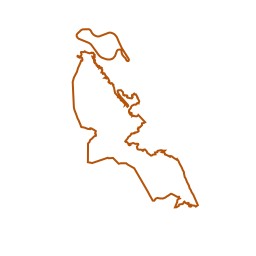 Central 1 Mahe, Seychelles (Equal Earth projection), rotated 318°
{"feature_id": "34574756B27990728867894", "entity_name": "Central 1 Mahe", "entity_type": "district", "adm_level": 2, "iso_a3": "SYC", "parent_name": "Seychelles", "parent_adm1": "", "projection": "equal_earth", "projection_center": [55.458, -4.627], "detail": "fine", "context": "isolated", "style": "outline", "palette": "amber", "viewbox_px": 256, "rotation_deg": 318, "n_neighbors": 0, "source": "geoboundaries", "source_scale": "gbopen_adm2", "svg_char_len": 5854}
<svg xmlns="http://www.w3.org/2000/svg" viewBox="0 0 256 256"><g transform="rotate(318 128 128)"><path d="M152.5,48.9L151.6,47.9L151.4,48.2L150.7,47.4L149.4,46.8L147.3,43.1L147.2,42.1L146.0,42.0L144.0,40.2L143.6,40.4L142.6,42.4L141.5,42.8L140.3,42.9L139.9,42.7L138.9,40.7L138.5,40.8L138.3,41.3L139.0,43.3L140.6,44.5L140.8,45.0L140.3,46.2L139.9,46.7L139.1,47.3L138.4,46.5L135.8,47.9L131.0,50.0L127.6,52.1L121.6,54.3L117.7,56.8L101.7,76.3L100.4,78.5L98.6,83.2L96.9,87.3L96.4,89.4L94.5,94.7L94.0,95.4L94.0,96.2L95.0,97.3L96.1,98.9L97.6,101.9L99.0,103.4L99.7,102.9L100.7,104.1L100.7,104.7L101.4,106.3L102.0,108.8L101.4,109.0L100.1,110.0L100.3,110.3L99.1,111.5L99.4,111.9L98.9,112.3L97.7,111.7L96.2,111.6L93.9,111.8L91.9,111.6L90.0,112.6L87.9,112.8L75.3,126.6L78.0,130.1L93.1,136.6L93.3,137.5L96.8,140.2L97.2,148.4L98.9,149.3L103.0,152.9L103.5,155.6L105.7,162.1L100.1,188.8L99.1,192.6L97.8,198.5L98.9,199.6L101.3,199.0L103.1,199.7L104.7,201.8L106.8,203.8L109.2,204.7L111.0,204.8L112.5,205.2L115.9,205.6L116.5,206.5L117.5,209.1L118.5,212.1L119.9,213.3L119.2,214.2L119.3,215.0L117.8,214.4L116.4,214.6L115.1,215.9L109.8,218.4L110.9,219.3L113.6,219.9L114.7,219.2L115.3,219.4L116.7,220.3L117.4,220.9L118.5,221.1L119.8,220.4L120.7,220.5L120.6,222.1L120.9,223.0L121.4,223.2L121.4,224.0L122.6,223.9L122.8,224.6L122.0,225.1L121.1,227.2L121.6,228.0L122.2,228.6L122.4,229.2L122.5,228.4L122.1,227.7L121.9,227.0L122.2,226.7L123.4,227.0L123.4,227.4L122.7,227.2L122.7,227.8L123.8,228.3L125.6,230.4L125.8,231.8L128.3,232.1L131.9,221.2L132.3,218.5L133.2,215.8L133.6,213.6L134.7,211.7L135.6,208.0L137.2,203.7L137.3,202.5L139.4,198.9L140.1,198.1L140.6,195.5L140.9,195.0L141.5,193.3L142.6,188.7L143.4,186.4L143.7,183.9L142.9,184.0L142.6,182.7L142.1,181.3L141.5,178.3L140.7,177.1L140.0,177.5L139.7,176.9L139.4,175.6L139.0,175.0L138.6,173.9L137.8,172.4L138.3,171.9L138.4,171.5L138.3,170.3L138.1,169.8L137.3,169.2L137.0,168.6L138.3,168.9L139.0,169.6L140.2,169.5L138.9,168.4L138.1,167.0L137.3,166.3L134.7,164.8L133.6,165.6L131.7,164.3L130.8,166.0L129.5,165.1L129.0,164.6L128.2,164.4L127.4,164.4L126.6,163.9L125.7,159.2L126.1,158.4L126.3,157.5L126.3,155.9L126.2,155.2L125.0,154.5L124.7,154.9L124.2,155.1L123.8,155.0L123.6,154.7L123.4,153.2L123.0,152.6L121.8,151.6L121.1,150.5L121.0,149.8L121.1,149.5L121.8,148.7L121.8,148.4L122.0,147.9L124.4,147.2L124.8,147.0L124.9,146.6L124.4,145.9L122.9,144.8L121.9,142.8L121.4,142.4L120.3,142.0L119.2,141.3L118.4,142.3L117.5,141.9L117.2,141.1L117.3,140.6L117.8,139.9L117.8,137.8L116.9,136.7L117.0,136.1L121.0,135.5L121.6,135.1L122.2,135.0L122.7,134.9L124.0,135.2L125.4,135.0L125.9,134.7L126.4,134.8L126.9,134.5L128.8,136.0L129.2,135.8L129.7,136.3L130.3,136.0L131.1,136.8L132.7,137.4L133.7,137.5L134.1,137.0L134.3,136.2L134.3,135.8L134.7,135.3L135.2,135.7L135.5,135.4L135.7,134.8L136.0,134.6L136.6,135.2L137.7,135.5L138.2,135.2L139.4,135.4L140.4,135.2L141.5,133.9L143.5,135.0L144.6,135.2L144.4,125.2L143.8,125.4L142.3,125.2L141.0,123.9L140.8,123.5L140.6,124.1L140.7,123.4L139.6,122.1L139.2,122.0L139.5,121.8L139.4,120.7L140.5,119.5L140.3,119.2L140.1,119.1L140.0,118.9L140.4,118.8L140.3,118.6L139.8,119.1L139.6,118.8L139.3,119.1L139.2,118.9L138.8,119.1L139.0,117.7L139.4,116.9L140.2,115.9L141.0,115.4L143.5,115.1L144.2,114.5L145.7,114.1L148.2,114.7L149.4,115.9L151.2,116.0L151.2,115.7L151.8,115.8L152.1,116.2L152.7,116.3L152.7,116.6L154.3,115.6L155.2,112.2L155.1,111.9L155.3,111.5L155.6,111.6L156.3,108.7L156.0,108.6L155.8,107.7L155.8,106.7L155.5,106.6L155.4,107.2L155.2,107.3L154.2,106.7L153.3,106.6L152.9,107.0L152.7,106.6L151.6,107.9L151.8,108.3L150.8,108.6L150.4,108.4L148.3,105.6L147.9,105.1L147.9,104.5L148.5,103.8L148.7,104.1L149.1,103.4L147.2,100.9L147.0,101.2L146.6,100.3L148.2,98.1L148.2,95.6L147.8,94.9L145.8,93.4L145.3,93.4L144.6,94.0L144.1,95.3L143.4,99.7L143.4,110.6L142.9,111.8L141.7,111.8L141.7,111.4L142.7,111.3L142.6,110.6L142.7,110.2L142.5,109.7L142.5,109.3L142.0,109.2L141.7,108.9L141.3,108.9L141.8,108.6L141.8,103.2L141.7,103.0L141.3,103.0L141.3,102.7L141.8,102.7L141.8,98.7L141.7,98.5L141.2,98.5L141.2,98.4L141.8,98.3L141.8,93.3L144.5,88.8L145.5,86.2L146.0,86.2L146.0,85.9L145.7,85.9L146.1,84.1L146.0,83.7L145.8,83.6L144.8,83.5L144.5,82.3L144.3,82.1L144.3,81.0L144.9,81.1L144.9,80.7L145.4,80.7L145.7,80.4L145.7,80.0L146.3,78.0L146.4,77.9L146.4,76.3L145.0,76.5L145.0,75.8L144.3,75.1L146.3,75.2L146.5,73.6L147.0,71.7L145.8,71.2L145.8,70.9L145.6,70.8L145.8,70.2L146.0,70.2L146.4,69.9L146.4,69.5L146.1,69.3L146.4,69.2L146.4,68.9L146.0,68.6L147.7,67.8L147.6,67.4L147.7,67.2L147.6,66.9L147.7,66.5L148.1,66.0L148.5,66.1L148.8,65.8L148.5,65.1L147.9,65.2L147.3,64.5L147.0,64.4L147.4,64.2L147.5,63.7L147.3,63.6L146.9,63.6L146.8,63.3L147.3,63.2L148.0,63.2L148.1,62.8L147.7,62.6L147.6,62.2L147.1,62.1L147.4,61.8L147.1,61.2L146.9,61.3L146.5,61.1L146.5,60.8L146.9,60.9L147.1,60.7L147.0,60.1L147.2,59.8L147.1,59.0L147.3,58.2L146.8,58.1L146.7,57.8L146.9,56.9L147.5,57.1L147.7,56.5L148.1,56.1L147.5,55.7L147.7,55.3L148.0,55.0L148.7,55.4L148.8,55.1L149.1,54.8L149.1,54.1L149.2,53.7L148.6,53.3L148.6,53.0L149.1,51.6L149.3,51.1L150.8,52.9L152.2,51.3L151.8,50.8L152.1,50.5L152.5,48.9ZM177.8,44.5L168.0,40.7L167.2,40.1L166.6,39.6L165.7,38.2L165.1,36.7L164.8,35.1L164.8,33.4L165.5,30.6L165.4,29.4L165.2,28.9L165.0,28.4L160.6,24.6L159.9,24.2L158.7,23.9L153.6,24.0L152.9,24.2L152.1,24.5L151.7,24.9L151.2,25.7L150.9,27.2L151.1,28.7L155.8,38.4L156.4,40.7L156.3,42.8L155.0,54.6L155.2,56.6L155.6,58.1L157.7,62.1L158.7,63.4L160.3,64.9L161.9,65.8L162.4,65.8L162.7,66.1L164.0,66.2L166.6,65.8L171.1,63.4L172.1,63.1L173.2,63.3L174.8,64.6L175.0,65.1L175.0,65.8L174.8,66.3L173.9,67.4L173.2,68.7L172.8,69.8L172.6,72.1L172.8,74.4L172.2,76.6L172.2,77.4L172.5,78.0L173.0,78.4L173.6,78.4L174.3,77.9L174.8,76.7L176.8,64.7L178.9,57.7L180.4,53.4L180.6,52.5L180.7,50.0L180.5,48.8L179.9,47.2L179.2,45.9L177.8,44.5Z" fill="none" stroke="#b45309" stroke-width="2"/></g></svg>